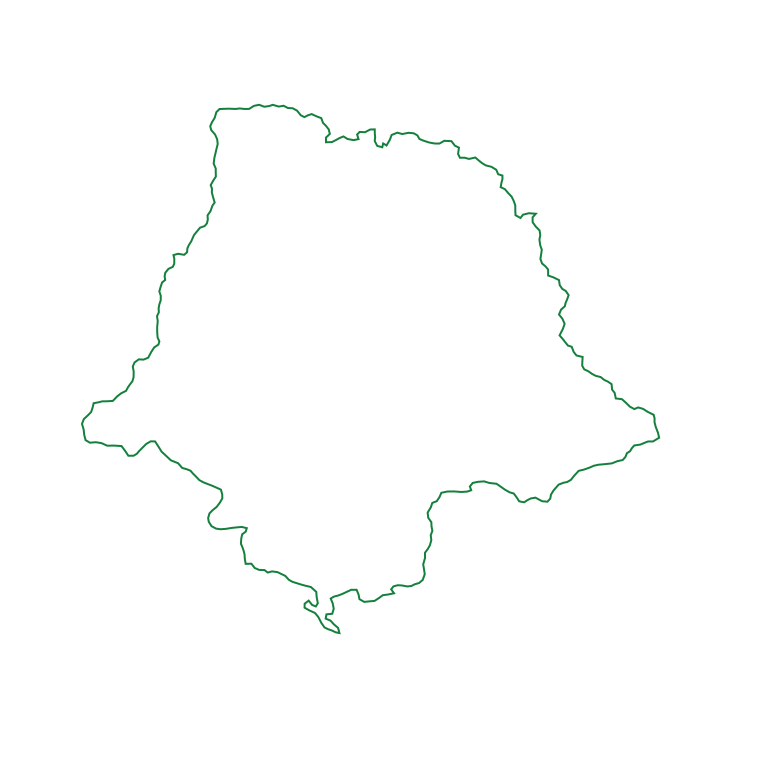 Bom Despacho, Minas Gerais, Brazil, rotated 286°
{"feature_id": "56859067B37689080878598", "entity_name": "Bom Despacho", "entity_type": "district", "adm_level": 2, "iso_a3": "BRA", "parent_name": "Brazil", "parent_adm1": "Minas Gerais", "projection": "robinson", "projection_center": [-45.298, -19.708], "detail": "fine", "context": "isolated", "style": "outline", "palette": "green", "viewbox_px": 768, "rotation_deg": 286, "n_neighbors": 0, "source": "geoboundaries", "source_scale": "gbopen_adm2", "svg_char_len": 5278}
<svg xmlns="http://www.w3.org/2000/svg" viewBox="0 0 768 768"><g transform="rotate(286 384 384)"><path d="M589.5,483.0L588.1,476.2L585.1,471.0L581.2,469.4L582.5,463.9L586.3,462.6L592.0,460.9L596.0,458.0L599.2,455.1L601.8,450.7L604.6,446.5L605.4,441.9L610.2,441.4L613.6,441.4L617.0,440.4L617.1,436.0L620.9,432.8L622.4,427.4L622.2,421.5L623.4,417.2L625.1,413.2L626.9,409.4L623.8,403.7L623.7,398.9L622.4,394.7L625.5,391.8L631.9,390.9L632.6,386.5L636.0,381.9L634.4,374.9L630.4,371.0L629.1,366.2L628.6,360.6L628.8,354.8L629.3,350.5L632.2,347.6L633.2,343.5L632.2,338.3L629.3,332.6L629.3,327.6L625.5,322.7L620.4,322.3L614.0,320.7L615.0,316.9L611.1,317.1L611.0,311.9L615.0,308.1L618.7,307.5L622.0,306.2L626.2,304.9L624.8,300.5L620.8,296.4L619.6,291.1L616.4,289.4L612.4,292.0L610.0,287.5L609.5,281.3L610.8,276.8L608.2,273.5L605.5,270.8L602.2,267.3L600.4,261.6L604.9,260.3L609.5,263.0L613.5,260.7L616.2,257.0L618.2,253.4L622.3,250.4L622.6,246.0L623.5,240.0L621.3,236.8L618.6,233.9L619.4,229.9L622.8,225.1L623.9,220.2L622.8,215.6L623.8,210.8L621.7,206.4L621.7,200.1L619.5,197.0L617.5,192.4L618.0,187.1L615.5,182.3L611.3,178.6L609.9,174.0L609.1,169.3L607.5,165.6L605.9,159.0L603.0,150.1L599.1,147.9L593.2,147.9L588.2,146.5L583.9,145.9L580.5,147.9L577.3,152.8L573.4,156.1L568.9,158.0L563.3,158.2L559.6,158.4L554.9,158.6L548.9,159.5L544.7,162.9L541.1,163.9L537.0,165.2L532.9,163.9L527.4,162.6L524.4,164.8L520.7,165.7L516.3,168.3L511.8,171.2L508.1,169.9L502.5,169.6L497.4,167.9L493.6,169.3L489.5,169.5L486.3,168.0L483.6,164.1L479.7,162.4L474.8,160.3L468.1,159.4L463.6,158.1L460.2,157.6L456.4,158.4L453.1,156.3L452.4,150.1L449.9,146.1L446.6,147.9L441.9,149.2L438.4,148.7L435.3,145.1L430.7,143.1L427.1,143.4L423.7,145.0L420.4,142.7L416.0,142.5L411.1,142.5L407.3,145.1L402.9,146.3L398.5,146.1L394.6,146.5L390.9,147.8L386.7,147.1L382.0,149.2L376.5,150.2L371.3,151.7L366.2,153.6L363.1,156.3L359.7,156.3L355.8,153.0L350.5,151.4L344.3,150.1L341.2,146.2L340.1,141.5L336.0,138.3L331.6,137.7L326.8,140.0L321.5,141.4L317.3,141.4L313.8,140.0L310.3,138.8L306.3,137.9L302.6,133.9L298.5,130.9L293.0,128.0L291.0,122.4L289.7,118.0L287.7,114.6L285.5,110.2L280.8,110.4L276.4,110.2L272.6,108.2L267.5,105.1L262.4,104.7L257.3,107.9L252.6,109.8L247.8,112.6L246.5,117.5L248.6,123.0L249.3,128.8L248.4,134.8L250.4,141.6L252.0,148.8L248.2,153.8L244.6,158.0L246.0,163.0L248.7,165.6L252.4,167.3L256.4,169.5L260.9,172.0L264.6,175.6L265.7,179.8L261.5,184.6L257.7,188.8L254.8,194.5L251.9,200.1L251.1,207.9L247.7,213.1L247.7,218.0L247.3,221.9L245.1,225.3L243.3,228.6L240.7,233.0L239.7,237.5L239.3,241.6L238.8,247.3L237.5,256.3L233.4,258.9L229.5,260.1L224.6,258.9L219.7,257.0L215.1,253.8L211.5,251.9L206.7,251.9L203.3,253.5L199.8,257.4L198.7,262.4L199.3,266.8L201.2,272.0L203.6,277.1L205.4,281.5L207.4,286.7L207.6,291.8L204.0,291.8L200.4,289.1L196.1,289.4L191.0,290.5L188.2,292.8L185.2,294.9L182.0,296.8L177.1,298.6L173.0,300.6L174.7,306.1L171.5,310.4L170.9,315.2L172.2,320.4L170.7,324.2L173.0,328.0L173.8,333.5L172.3,342.1L169.6,346.4L168.6,350.5L168.4,358.7L168.4,363.1L168.7,369.7L165.5,376.2L160.4,378.1L155.1,380.8L151.4,379.8L151.8,375.8L155.0,371.3L150.9,368.3L147.1,369.3L145.8,374.6L144.9,380.7L141.9,385.1L137.1,389.6L133.6,393.9L132.9,397.8L132.7,401.8L132.0,406.0L132.3,409.8L136.9,407.1L139.1,402.2L141.8,397.8L142.4,392.6L146.7,392.2L148.9,397.6L154.2,397.6L159.1,395.1L163.1,391.9L166.0,394.7L168.0,398.2L170.7,401.8L174.0,405.6L177.2,409.3L178.6,414.4L174.6,417.6L170.4,419.7L169.1,425.1L170.9,429.5L172.9,434.7L177.3,438.5L180.6,441.0L182.8,446.0L185.6,451.3L188.6,447.5L192.1,448.9L194.4,452.8L195.3,456.8L195.8,462.0L197.3,465.9L199.9,468.7L202.4,472.6L206.3,475.2L212.4,475.6L217.0,473.5L221.4,471.4L228.0,471.4L233.1,469.9L237.5,471.6L241.8,472.6L247.0,472.5L251.5,470.6L256.1,471.0L260.3,468.9L264.2,467.6L267.6,463.4L272.5,461.4L278.3,463.0L283.0,463.2L285.9,467.0L290.5,468.5L295.2,469.1L298.1,474.5L300.0,480.8L301.5,488.0L303.5,493.6L305.9,497.1L309.2,494.8L313.4,496.6L315.9,501.4L318.0,507.1L317.9,512.5L319.1,519.7L317.4,524.7L315.8,529.3L314.5,534.7L314.5,538.9L311.8,542.5L308.5,546.3L308.9,551.3L311.6,553.6L314.3,556.4L316.5,560.9L314.9,568.3L315.9,573.5L319.6,575.4L323.7,575.0L328.4,576.3L335.4,579.6L338.6,583.8L340.3,587.1L343.4,590.1L348.1,592.0L354.2,595.1L356.9,599.9L360.2,604.5L363.3,608.3L365.6,612.6L368.0,618.8L370.5,624.9L374.2,629.7L376.7,634.4L380.5,636.2L384.5,636.6L387.3,639.1L390.5,639.9L393.9,641.5L396.4,647.1L399.3,650.7L401.5,653.6L402.9,658.4L408.2,663.3L412.8,660.7L417.7,657.0L422.0,654.5L425.5,653.6L428.7,651.7L429.9,645.2L431.5,639.8L431.5,634.7L428.9,631.6L430.0,626.6L432.6,621.8L435.0,616.9L434.0,610.8L439.1,608.1L441.5,604.8L446.6,602.8L448.0,598.5L448.6,594.7L450.4,590.3L450.2,585.4L451.1,581.0L452.5,577.1L453.3,572.4L456.2,569.5L460.1,568.5L464.7,567.5L464.5,561.1L467.2,557.4L471.5,554.2L471.7,550.1L474.2,546.6L476.6,543.3L479.1,539.4L482.4,540.0L486.4,540.8L491.7,541.0L495.9,537.5L499.0,533.1L504.3,533.7L508.6,536.4L512.2,536.2L515.6,536.7L520.3,537.0L523.5,533.1L524.6,529.1L527.4,525.7L532.1,523.6L533.2,517.6L533.5,511.9L539.3,510.2L541.7,506.6L543.4,502.7L547.3,499.9L551.9,499.3L556.5,498.7L560.3,496.0L565.6,493.6L570.1,493.2L574.5,491.2L577.2,486.4L580.5,482.3L585.2,480.9L589.5,483.0Z" fill="none" stroke="#15803d" stroke-width="2"/></g></svg>